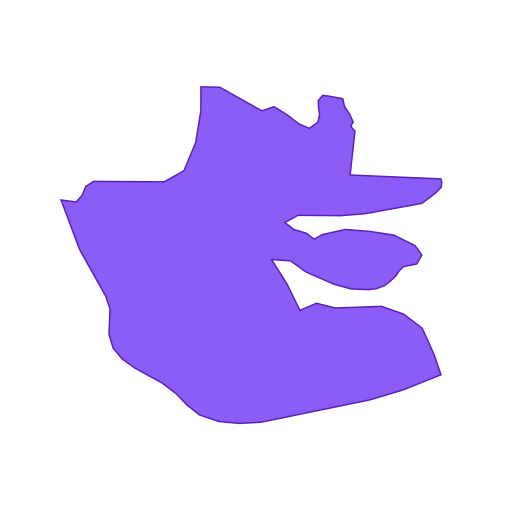 SVG path tracing the border of Laguna, rotated 99°
{"feature_id": "PHL-2566", "entity_name": "Laguna", "entity_type": "Province", "adm_level": 1, "iso_a3": "PHL", "parent_name": "Philippines", "parent_adm1": "", "projection": "robinson", "projection_center": [121.266, 14.267], "detail": "fine", "context": "isolated", "style": "filled", "palette": "violet", "viewbox_px": 512, "rotation_deg": 99, "n_neighbors": 0, "source": "natural_earth", "source_scale": "10m", "svg_char_len": 1218}
<svg xmlns="http://www.w3.org/2000/svg" viewBox="0 0 512 512"><g transform="rotate(99 256 256)"><path d="M347.7,60.4L365.2,89.7L380.1,120.6L419.4,225.1L423.9,245.9L425.3,267.0L421.8,287.0L414.1,300.7L404.8,312.9L396.2,328.7L385.7,358.0L378.8,371.8L369.4,382.7L356.6,388.9L331.1,391.9L319.1,398.2L277.1,431.3L231.2,457.3L230.8,442.1L223.2,437.2L213.8,435.0L207.7,428.0L197.1,358.2L183.0,340.5L153.4,333.3L120.8,333.2L97.5,336.9L95.0,318.1L111.7,273.0L105.7,261.5L111.7,247.4L118.8,234.3L121.6,223.4L114.3,215.9L106.5,215.3L99.2,217.6L92.7,218.8L87.0,215.3L86.7,209.9L87.1,194.9L94.5,192.0L101.0,185.9L108.7,180.9L111.2,182.3L114.0,181.8L117.2,177.8L161.3,175.7L156.3,132.2L150.9,85.5L153.9,84.1L159.0,83.8L166.1,88.8L178.0,100.3L197.1,154.7L202.9,178.7L209.3,221.0L218.4,232.7L223.8,223.0L225.7,209.8L230.3,201.2L224.6,194.0L215.8,171.9L213.9,146.8L213.8,123.1L221.0,100.3L229.2,92.4L238.7,96.0L243.6,109.0L248.4,112.3L253.7,114.7L259.6,119.3L265.1,124.4L269.2,131.5L271.6,139.5L273.7,157.1L271.7,174.5L263.9,204.3L255.4,221.0L257.1,240.1L278.7,221.1L302.8,204.1L293.2,188.8L295.0,169.9L286.1,124.1L290.3,101.1L301.3,80.6L325.6,64.6L344.4,54.7L347.7,60.4Z" fill="#8b5cf6" stroke="#5b21b6" stroke-width="1.5"/></g></svg>